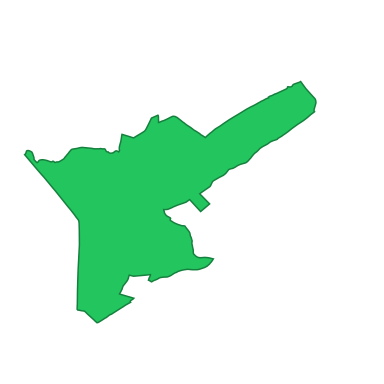 the district of Plopeni, Prahova, Romania, rotated 341°
{"feature_id": "2599482B12764649469915", "entity_name": "Plopeni", "entity_type": "district", "adm_level": 2, "iso_a3": "ROU", "parent_name": "Romania", "parent_adm1": "Prahova", "projection": "robinson", "projection_center": [25.96, 45.044], "detail": "fine", "context": "isolated", "style": "filled", "palette": "green", "viewbox_px": 384, "rotation_deg": 341, "n_neighbors": 0, "source": "geoboundaries", "source_scale": "gbopen_adm2", "svg_char_len": 6033}
<svg xmlns="http://www.w3.org/2000/svg" viewBox="0 0 384 384"><g transform="rotate(341 192 192)"><path d="M334.0,156.0L333.8,155.6L333.9,154.7L334.4,153.6L337.0,149.9L338.2,148.1L338.5,147.0L338.7,146.1L338.8,144.6L338.6,143.7L336.5,138.9L333.3,131.3L330.7,122.9L329.3,123.2L324.5,123.2L322.8,123.3L322.6,123.4L321.9,123.9L321.0,124.6L320.6,124.7L319.9,124.8L319.3,124.7L318.1,124.3L317.1,123.7L316.6,123.7L316.4,124.2L316.2,124.5L315.6,124.9L315.1,125.1L314.4,125.3L309.5,125.8L305.9,126.2L303.8,126.4L302.9,126.4L302.2,126.3L301.8,126.4L299.1,126.8L296.7,126.8L295.1,127.2L295.1,127.9L292.3,128.0L288.9,128.6L287.5,128.7L286.6,128.8L285.5,129.1L284.2,129.3L281.0,129.9L277.9,130.4L275.9,130.6L272.1,131.2L270.4,131.5L263.8,133.0L255.3,134.8L252.6,135.4L250.7,135.8L244.7,137.4L240.0,138.8L237.2,139.4L234.9,139.9L233.2,140.5L230.5,141.6L227.8,142.5L224.6,143.8L223.5,144.3L222.3,144.8L221.9,144.3L221.6,143.8L220.0,141.8L219.3,141.1L218.7,140.1L218.2,139.2L217.4,138.2L215.7,136.0L214.0,134.1L211.9,130.8L211.2,129.9L210.8,129.5L210.6,129.1L209.8,128.2L208.4,126.3L207.8,125.4L207.2,124.3L206.6,123.5L206.1,122.9L205.6,122.1L205.1,121.2L202.2,116.7L200.8,115.3L200.4,115.0L199.3,114.4L198.7,114.2L197.3,114.2L196.6,114.3L194.5,114.6L192.4,114.9L189.5,115.2L188.6,115.3L186.7,115.2L185.6,115.3L183.9,115.5L183.4,115.5L183.0,115.4L183.2,114.8L183.8,113.2L183.8,112.8L184.2,111.6L184.3,111.4L184.8,109.8L184.9,109.1L184.9,108.5L184.8,108.3L177.7,108.9L175.3,111.4L173.2,113.5L169.1,117.5L168.5,118.0L167.7,118.6L166.3,119.2L163.8,119.8L154.3,121.8L153.9,121.5L150.4,118.9L144.6,114.7L143.9,115.8L142.9,117.8L141.1,121.1L140.9,121.4L140.1,122.5L139.3,123.7L138.1,125.5L137.3,127.4L137.0,128.7L137.0,129.2L135.8,130.2L134.9,129.2L134.5,128.9L134.1,128.6L133.5,128.4L132.8,128.4L132.1,128.6L130.4,129.2L129.6,129.2L128.7,129.1L127.6,128.8L127.2,128.6L126.5,128.1L126.3,127.8L126.0,127.2L125.9,126.9L125.6,126.8L125.0,126.5L124.3,125.9L124.1,125.3L124.0,124.5L123.9,123.6L123.7,123.1L123.4,122.8L123.0,122.6L121.2,122.0L120.7,121.7L119.6,121.1L118.3,120.9L117.3,120.6L114.6,119.7L113.0,119.0L112.2,118.5L110.0,117.4L108.2,116.6L107.5,116.3L106.5,115.8L104.5,114.9L102.8,114.1L101.0,113.7L98.0,113.4L97.1,113.3L93.7,112.7L92.6,112.5L92.2,112.6L91.8,112.6L91.4,112.8L90.2,113.5L88.8,114.3L87.6,115.2L86.1,116.0L85.4,116.5L84.6,117.0L83.3,117.7L81.8,118.8L81.1,119.1L80.4,119.2L78.0,119.8L75.9,120.1L75.2,120.0L73.7,119.5L72.8,119.5L72.3,119.5L72.0,119.5L71.7,119.2L71.2,118.1L70.8,117.8L70.6,117.6L70.4,117.6L69.7,117.7L69.3,117.8L68.9,117.8L68.7,117.7L68.3,117.5L65.0,114.9L63.7,114.1L61.7,113.0L60.9,112.7L59.5,112.4L58.4,112.3L57.8,112.4L57.2,112.7L56.0,113.5L55.6,113.8L55.3,113.8L55.0,113.7L54.7,113.3L53.3,110.1L53.3,109.7L53.5,108.9L53.7,108.3L53.8,107.4L53.8,104.1L53.7,103.0L53.6,102.2L52.8,101.2L52.1,100.5L51.4,99.9L50.9,99.6L50.1,99.3L49.3,99.2L48.7,99.6L47.7,101.0L46.7,101.9L45.9,102.2L53.0,120.5L55.2,126.0L56.9,130.0L61.7,142.8L63.3,146.9L69.8,165.1L71.3,169.0L73.6,175.7L74.1,177.6L74.7,179.3L75.4,181.2L75.5,182.1L75.5,182.8L75.1,184.7L72.9,191.7L71.2,196.8L68.6,204.5L68.1,205.9L58.9,228.7L52.0,246.9L50.1,252.2L47.2,260.3L45.4,264.9L45.2,265.6L45.7,266.6L46.5,266.8L48.0,267.8L51.6,269.7L52.7,271.8L53.3,273.1L57.8,281.3L58.1,282.0L59.6,284.7L60.6,284.8L61.5,284.7L65.5,283.8L68.6,283.0L70.1,282.8L73.0,281.8L73.0,281.7L74.8,281.2L74.9,281.4L76.1,281.3L81.4,280.0L90.2,277.9L92.4,277.3L98.1,276.3L97.9,275.3L98.7,274.7L100.5,274.3L101.3,274.1L102.4,273.5L90.4,265.0L90.2,264.8L91.9,263.4L94.3,261.0L95.2,259.7L96.3,258.4L96.8,258.1L101.0,255.4L102.2,254.5L103.4,253.3L103.8,252.8L104.1,252.1L105.6,250.2L109.3,252.6L120.6,255.4L125.8,256.6L125.7,257.0L125.4,257.4L124.8,258.1L124.4,258.6L123.8,259.0L123.4,259.5L122.1,261.2L123.2,262.2L124.3,263.7L125.4,263.7L126.4,263.4L127.5,263.3L130.2,263.2L132.0,262.9L132.7,262.7L134.2,262.6L135.8,262.9L138.0,263.4L140.9,264.3L142.1,264.3L143.9,264.2L145.1,264.0L145.9,263.8L148.7,263.1L149.5,263.0L150.1,262.9L151.3,263.0L151.5,262.9L152.5,262.6L153.0,262.6L155.5,262.6L158.2,262.8L162.0,263.5L163.6,264.0L165.6,265.0L167.8,265.9L171.2,267.0L172.3,267.3L172.9,267.4L175.3,267.5L176.7,267.5L178.9,267.5L180.6,267.3L182.3,267.0L182.8,266.8L183.6,266.4L185.0,265.9L185.3,265.7L186.2,265.1L187.4,264.5L188.8,263.5L190.4,262.2L187.0,260.0L184.7,258.8L182.5,257.9L179.7,257.2L178.6,256.9L177.7,256.5L176.4,255.8L175.7,255.1L174.6,253.7L173.9,252.2L173.4,251.3L173.4,250.8L173.4,250.2L173.6,249.4L174.3,247.2L174.4,246.5L174.6,244.4L174.9,242.9L174.9,242.3L175.1,240.9L175.2,240.4L175.5,239.7L176.1,238.6L176.2,238.4L176.2,238.2L176.3,236.6L176.4,235.0L176.4,234.5L176.3,234.2L176.2,233.0L176.6,230.1L176.5,229.4L176.3,228.3L175.5,225.9L174.6,223.4L174.4,222.5L174.2,221.9L173.7,221.5L173.3,221.3L172.2,220.9L171.6,220.7L168.5,218.4L166.4,216.6L165.0,215.2L164.3,214.4L163.7,213.5L163.0,212.7L162.2,211.7L162.4,211.1L162.7,210.7L163.0,210.3L163.2,209.9L163.0,209.4L162.8,209.1L162.4,208.7L162.0,208.2L161.4,207.6L160.8,207.0L160.5,206.5L160.0,205.8L159.8,205.2L159.4,204.0L159.2,202.8L159.2,202.4L159.4,201.9L159.4,201.2L159.3,200.4L159.4,199.9L159.5,199.4L160.1,199.7L161.7,200.1L162.8,200.4L164.3,200.5L165.7,200.4L167.3,200.3L169.6,200.0L172.6,199.8L174.0,199.7L183.0,199.7L187.3,198.4L193.8,213.3L204.8,209.0L198.7,196.2L201.5,195.3L209.4,193.1L211.0,192.6L211.3,192.3L212.0,191.7L214.5,189.1L215.8,188.4L222.3,187.1L224.7,186.8L225.1,186.7L226.9,186.5L228.1,186.1L229.5,185.6L230.3,185.2L233.5,183.1L234.2,182.7L235.1,182.7L236.4,182.7L237.8,182.9L238.8,182.9L241.3,182.5L242.7,182.1L244.3,181.8L245.4,181.7L246.8,181.6L252.3,181.9L253.2,181.7L254.6,181.2L257.1,179.8L258.6,179.0L260.2,177.9L262.8,176.3L264.4,175.6L266.1,175.1L267.7,174.4L270.5,172.9L272.8,172.3L274.1,172.0L278.2,171.4L279.8,171.0L282.1,170.2L282.9,170.1L285.4,169.9L288.4,170.0L289.9,169.9L290.7,169.3L295.1,168.4L296.6,167.9L299.9,167.0L302.5,166.2L307.2,164.5L313.8,162.5L319.4,161.1L321.8,160.4L325.5,159.1L329.7,157.4L333.2,156.3L334.0,156.0Z" fill="#22c55e" stroke="#15803d" stroke-width="1.5"/></g></svg>